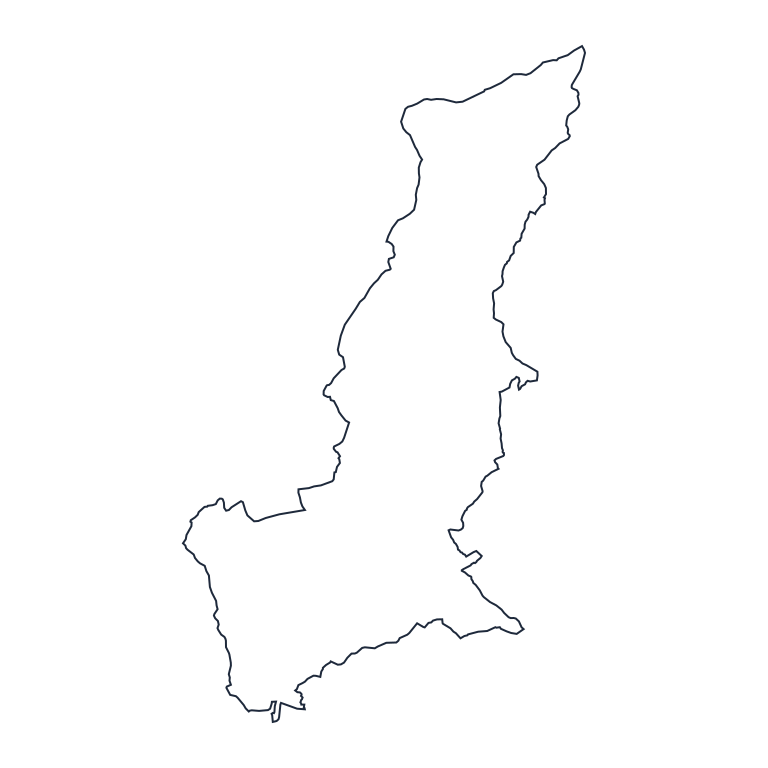 Tomesti, Hunedoara, Romania (Robinson projection)
{"feature_id": "2599482B69537479715254", "entity_name": "Tomesti", "entity_type": "district", "adm_level": 2, "iso_a3": "ROU", "parent_name": "Romania", "parent_adm1": "Hunedoara", "projection": "robinson", "projection_center": [22.675, 46.258], "detail": "fine", "context": "isolated", "style": "outline", "palette": "slate", "viewbox_px": 768, "rotation_deg": 0, "n_neighbors": 0, "source": "geoboundaries", "source_scale": "gbopen_adm2", "svg_char_len": 6093}
<svg xmlns="http://www.w3.org/2000/svg" viewBox="0 0 768 768"><path d="M304.8,709.3L304.5,708.0L303.8,707.6L304.3,704.6L301.3,704.6L301.1,703.4L300.4,702.4L301.3,699.8L301.9,699.4L302.6,697.5L301.0,695.9L301.6,694.8L301.4,693.8L299.9,692.4L297.4,692.2L295.2,690.5L296.9,689.1L298.4,685.1L302.5,683.1L304.9,681.7L307.5,678.9L313.4,675.7L315.8,675.8L320.3,676.9L321.3,671.5L322.9,669.0L322.9,667.8L326.0,665.0L330.1,662.5L330.7,661.4L337.8,664.7L340.9,664.4L344.0,662.6L347.4,657.7L351.5,653.6L354.9,653.5L356.8,652.7L362.2,647.9L364.9,647.3L374.8,648.3L377.8,646.5L386.3,642.8L396.3,642.5L398.3,640.8L399.7,638.1L407.3,634.7L409.3,633.0L417.1,623.3L423.3,627.0L424.7,627.4L428.5,622.9L431.3,622.4L433.0,620.6L437.0,619.4L442.2,619.3L442.6,623.2L443.0,623.8L450.5,628.3L453.4,631.6L455.9,633.2L460.5,638.3L464.4,636.0L467.4,635.3L468.0,634.4L478.2,631.7L487.2,631.0L495.4,627.2L496.4,627.7L499.8,627.2L500.9,628.8L506.7,631.4L511.2,633.0L516.7,633.9L523.6,629.1L521.6,627.3L518.9,621.4L515.8,618.5L513.7,618.0L510.7,618.1L508.6,617.2L504.1,612.9L501.6,609.6L496.3,605.4L490.1,602.1L483.8,597.1L482.5,595.6L479.8,590.4L475.7,584.9L473.3,582.9L472.8,581.2L471.4,579.1L471.3,577.0L470.9,576.5L468.4,575.5L464.9,572.4L461.8,570.8L461.8,570.2L463.4,569.1L470.6,565.4L471.5,564.1L474.0,562.7L475.0,563.1L476.3,562.1L477.0,560.8L480.4,558.0L481.7,556.0L476.3,551.0L473.6,552.1L466.2,556.6L465.0,554.7L463.0,553.9L462.1,552.6L460.6,552.2L459.4,550.4L458.0,549.6L457.6,546.9L455.9,543.9L454.2,542.5L453.1,539.8L451.1,537.3L448.6,530.3L450.3,529.5L458.5,530.5L460.9,529.6L462.7,528.1L463.3,526.0L463.1,522.8L461.4,519.7L462.4,516.3L465.1,510.9L466.8,509.7L466.9,508.6L467.8,507.2L472.9,503.7L474.2,501.6L477.1,499.1L482.4,492.3L482.6,491.2L481.1,486.0L481.7,481.9L483.2,480.6L485.6,476.6L487.3,475.7L491.6,472.2L498.5,468.8L497.9,468.1L497.3,464.5L495.1,462.2L494.5,460.4L496.1,458.9L503.3,456.0L504.0,455.0L503.9,453.0L502.9,452.6L502.6,451.9L502.9,450.3L502.0,448.1L501.6,443.4L500.6,438.6L501.1,434.3L499.8,429.2L500.1,428.7L498.6,423.3L499.4,418.5L500.3,416.0L499.9,407.5L500.7,400.0L499.6,392.0L501.8,391.6L509.5,387.5L510.2,383.8L511.9,380.4L514.9,378.7L516.4,376.9L518.8,377.9L519.6,381.5L518.8,382.6L518.1,385.6L519.0,389.6L520.1,388.9L521.6,386.2L525.1,384.3L525.9,382.4L527.6,380.8L530.2,381.5L536.9,380.4L537.6,375.3L537.4,371.7L526.3,365.1L522.5,363.5L519.5,360.7L515.8,358.9L513.1,355.2L511.8,352.8L510.7,347.9L505.7,342.1L503.4,336.3L502.5,331.6L503.5,324.3L501.3,322.1L495.8,319.5L493.7,317.8L494.0,313.3L493.6,309.4L494.1,303.4L493.1,298.3L492.8,293.2L493.8,291.1L496.0,290.1L501.3,286.1L502.2,284.7L503.2,281.7L502.0,276.1L502.5,274.1L502.6,271.2L503.9,267.4L505.0,264.8L506.8,263.4L507.1,261.9L509.1,260.4L510.7,255.9L513.7,253.0L513.8,246.9L516.4,242.4L520.1,240.6L520.4,238.5L521.3,237.7L521.6,233.8L524.6,228.6L524.7,224.7L525.5,221.7L527.2,219.6L528.5,216.9L528.6,214.7L530.1,211.7L533.4,212.8L535.2,214.0L535.9,212.0L541.2,205.4L544.5,204.1L544.8,203.5L544.5,199.8L545.0,198.2L543.9,197.5L546.0,194.1L545.9,188.0L544.2,184.1L541.0,180.2L538.6,176.1L538.5,173.8L536.2,167.0L537.2,164.7L544.5,159.7L551.7,150.4L555.2,148.0L559.6,143.4L568.2,138.9L569.8,136.1L569.5,135.0L568.4,134.2L567.7,132.9L568.2,129.3L567.2,126.7L566.2,125.5L566.7,120.5L567.8,116.3L569.4,114.5L575.4,110.2L578.3,106.8L579.1,104.8L579.3,103.3L577.6,96.2L578.5,94.8L578.4,92.9L576.9,90.3L573.4,88.9L571.9,88.0L571.6,87.2L571.8,85.1L572.5,83.8L579.7,71.7L580.8,69.3L585.0,52.9L584.0,49.6L582.0,46.1L574.1,50.5L567.8,55.1L558.5,58.3L556.7,60.3L553.1,60.1L542.9,62.5L540.8,65.0L530.5,73.2L526.1,74.9L521.1,74.1L513.4,74.3L501.1,82.9L490.1,88.2L484.8,89.8L484.1,91.4L462.6,101.7L456.1,102.4L443.6,99.3L436.6,99.0L431.1,99.8L427.1,99.0L424.0,99.5L417.2,103.6L411.9,105.8L408.0,106.8L405.4,108.9L401.1,121.7L403.3,128.5L406.3,132.2L410.0,135.1L415.1,147.0L417.0,149.9L419.5,155.7L422.1,159.6L420.5,162.2L418.8,167.6L418.9,173.4L419.5,177.4L418.6,184.6L417.1,188.1L415.8,194.8L416.3,199.9L414.1,209.7L409.8,213.8L402.9,218.3L398.0,220.3L392.3,227.9L388.3,236.1L386.5,241.6L388.4,241.8L391.7,244.0L393.5,246.6L393.4,251.2L394.8,254.7L393.7,257.3L388.9,258.9L388.3,262.0L390.7,268.8L389.8,269.7L385.5,270.8L381.5,274.4L377.8,279.8L374.0,283.3L369.9,288.3L364.4,298.0L359.9,301.9L355.7,308.8L344.8,324.7L340.8,335.7L337.8,349.8L339.2,354.6L343.0,357.2L344.8,366.8L344.2,368.5L341.5,370.0L333.7,378.3L331.1,383.1L329.1,384.9L327.1,385.2L326.5,385.8L323.7,391.0L323.6,394.5L324.2,395.3L327.7,397.0L330.0,396.8L330.8,400.1L333.9,401.0L337.7,408.2L339.0,412.0L341.5,415.5L345.6,420.6L349.1,422.5L344.1,437.8L342.3,441.5L339.4,443.9L334.1,446.5L333.7,447.8L333.8,448.9L336.1,451.8L337.5,452.3L340.0,456.2L338.5,458.2L339.3,459.3L339.9,463.0L337.0,466.9L335.8,472.1L334.4,472.4L333.7,479.4L332.3,481.2L320.9,485.4L314.1,486.4L308.9,488.1L298.5,489.3L298.4,492.7L299.9,497.3L300.9,502.5L302.4,506.4L304.9,510.0L279.4,514.3L265.7,518.0L258.3,521.0L254.1,521.3L247.4,515.4L245.3,510.4L242.9,502.2L241.0,501.2L231.5,507.3L228.9,510.0L226.1,510.7L224.2,507.8L223.9,502.6L222.8,499.4L221.8,498.7L219.8,498.6L217.7,500.4L215.8,504.1L212.5,505.2L207.8,505.8L207.3,506.6L204.5,506.9L198.7,512.1L197.7,514.8L195.0,517.4L190.8,520.2L190.4,521.7L191.6,522.5L191.4,526.2L186.5,535.0L185.8,539.2L183.0,543.3L185.4,545.6L186.1,548.2L187.5,549.7L193.7,554.5L195.0,558.0L197.8,561.4L200.0,563.3L204.7,565.8L206.4,571.1L208.9,575.5L209.9,587.0L211.9,592.7L216.1,600.9L216.6,605.5L217.6,609.2L214.4,614.0L213.9,615.6L215.2,618.3L217.9,621.0L218.7,624.6L217.5,628.1L218.3,630.0L221.2,634.6L224.4,636.9L225.4,638.7L225.9,640.6L226.0,647.2L228.9,653.0L229.4,654.6L230.8,662.6L230.9,665.7L228.8,674.2L229.8,677.5L229.5,680.7L230.9,684.8L226.8,686.6L226.4,687.8L230.2,694.9L235.9,696.2L237.6,697.7L243.7,705.0L245.7,708.4L248.8,711.5L249.7,710.7L251.7,710.3L259.1,710.9L268.0,710.1L270.1,708.7L271.7,703.6L271.9,701.8L276.0,701.6L274.8,706.2L274.4,712.2L273.9,713.2L272.9,712.9L271.6,713.8L272.2,715.3L272.8,721.9L276.6,721.0L278.5,719.3L279.1,717.2L280.4,704.5L281.0,702.9L297.1,708.7L304.8,709.3Z" fill="none" stroke="#1e293b" stroke-width="2"/></svg>